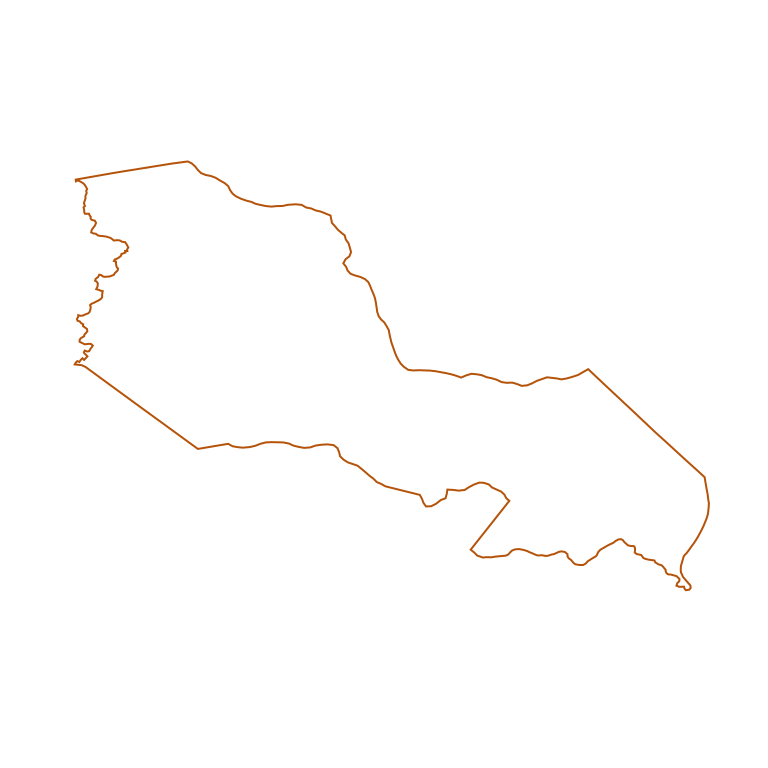 Manaquiri, Amazonas, Brazil (Equal Earth projection), rotated 81°
{"feature_id": "56859067B81028686710447", "entity_name": "Manaquiri", "entity_type": "district", "adm_level": 2, "iso_a3": "BRA", "parent_name": "Brazil", "parent_adm1": "Amazonas", "projection": "equal_earth", "projection_center": [-60.676, -3.744], "detail": "fine", "context": "isolated", "style": "outline", "palette": "amber", "viewbox_px": 768, "rotation_deg": 81, "n_neighbors": 0, "source": "geoboundaries", "source_scale": "gbopen_adm2", "svg_char_len": 5464}
<svg xmlns="http://www.w3.org/2000/svg" viewBox="0 0 768 768"><g transform="rotate(81 384 384)"><path d="M316.3,686.4L318.1,679.7L320.4,676.2L363.3,633.6L419.0,578.0L418.7,547.3L421.8,543.3L423.6,538.0L424.8,533.4L425.3,526.4L424.9,520.9L423.7,515.2L423.2,509.8L423.8,504.5L424.9,498.2L426.0,492.4L428.0,487.1L430.7,483.1L432.7,478.3L434.6,472.9L435.1,466.7L434.1,461.3L434.2,455.2L434.8,449.2L436.5,443.3L440.1,440.0L444.3,439.0L448.5,438.7L452.5,435.7L455.8,431.9L458.2,427.3L460.6,422.8L467.6,416.6L472.7,412.4L475.4,409.6L479.8,406.4L482.1,402.6L485.3,398.6L499.1,366.0L503.2,364.5L507.6,363.6L511.5,361.7L512.1,356.5L510.3,351.0L507.5,346.1L506.5,341.1L502.3,339.2L498.2,337.9L499.5,332.0L501.0,326.9L501.3,320.9L500.0,318.1L499.2,316.2L497.4,311.0L496.3,305.2L497.2,300.9L499.6,296.2L503.1,293.5L508.6,285.1L512.1,282.4L515.9,281.1L519.0,278.5L561.2,324.3L564.5,321.3L568.0,318.8L570.9,313.4L571.0,310.5L571.5,307.5L572.0,304.7L571.9,301.5L572.1,297.9L572.4,293.5L572.6,290.6L571.9,288.0L570.1,285.8L568.6,283.8L568.0,281.6L567.9,279.3L568.2,276.3L569.1,273.8L569.8,271.9L571.5,268.5L572.9,266.6L574.2,264.3L575.8,261.9L577.1,259.8L577.6,257.9L577.8,254.8L578.9,251.9L579.3,249.7L579.1,247.6L578.6,244.8L578.6,242.6L577.8,240.0L577.1,237.1L577.1,234.8L578.2,231.6L580.8,229.4L583.0,229.7L585.1,228.8L587.0,226.8L589.4,225.4L591.0,224.3L592.1,222.9L593.4,219.1L593.9,215.7L592.9,212.8L591.1,210.7L588.7,205.3L587.3,201.7L586.1,200.4L583.7,198.9L581.5,196.2L580.1,192.4L578.8,189.2L578.1,187.1L576.7,182.3L575.3,179.9L574.2,176.8L574.3,174.2L575.6,172.5L577.8,171.3L581.5,168.3L582.7,165.4L583.1,162.7L584.6,161.8L586.8,161.9L589.7,162.7L591.5,161.0L592.4,158.6L593.1,156.8L594.8,155.8L596.5,155.0L597.7,153.0L598.9,150.1L599.8,147.1L600.6,144.5L602.7,143.9L605.2,140.9L606.5,138.1L608.2,136.9L609.8,136.0L611.5,134.9L613.0,135.1L614.9,134.6L616.4,133.3L617.1,130.4L618.3,127.8L619.5,125.2L622.7,122.7L625.0,123.2L626.5,125.4L628.9,126.7L630.4,124.4L630.8,122.0L631.1,119.4L633.2,119.2L634.9,118.1L634.9,114.7L633.4,113.0L630.9,112.9L625.8,116.1L623.8,117.3L621.4,118.8L616.4,120.2L614.0,120.0L610.2,119.2L603.0,115.8L601.2,115.0L599.8,113.6L598.4,111.6L595.4,108.5L592.4,105.6L589.9,103.0L587.4,100.7L584.1,97.9L578.1,93.3L573.4,90.1L567.4,86.5L564.2,84.9L561.7,84.0L556.1,82.5L552.3,81.7L550.5,81.8L548.1,81.8L544.0,81.6L537.6,81.8L529.1,81.9L526.2,81.9L521.4,85.7L516.8,89.4L504.9,99.0L483.5,116.0L481.3,117.8L474.5,123.3L458.8,135.4L453.2,139.7L416.6,168.2L401.3,180.0L403.4,185.6L405.4,190.8L406.4,196.7L407.1,202.8L407.2,207.9L405.5,212.6L402.9,221.9L404.8,232.5L406.6,237.9L407.7,242.9L407.4,248.2L404.9,252.5L402.7,257.1L402.0,262.7L400.5,267.6L397.4,272.0L395.2,276.6L393.3,281.6L390.6,286.0L388.9,290.9L387.6,296.1L388.4,301.7L389.7,306.8L387.2,311.3L385.1,315.7L383.0,320.9L379.4,331.2L377.9,336.7L377.3,339.9L375.9,346.9L375.2,353.0L373.8,357.9L370.0,361.8L366.5,364.3L362.1,366.2L358.2,367.5L353.5,368.5L344.0,370.2L340.1,370.5L335.7,370.8L331.7,370.8L327.0,372.5L323.2,374.1L319.7,376.9L316.0,378.7L311.8,379.4L302.4,379.3L297.8,379.5L293.6,380.3L288.6,381.6L284.7,382.4L280.8,383.6L277.4,386.4L274.5,390.7L272.3,395.6L269.9,399.8L266.3,402.2L262.3,403.1L258.5,405.3L254.8,402.5L252.5,398.2L248.6,395.9L244.1,396.4L239.5,397.0L235.3,399.1L231.0,399.6L227.8,402.6L224.3,405.5L220.6,407.7L216.8,410.2L209.2,410.5L203.9,419.3L201.9,424.3L199.2,428.5L197.5,433.3L194.2,437.3L192.7,443.0L192.0,450.7L192.3,456.5L191.5,462.0L191.2,467.4L189.7,473.0L187.9,477.8L186.0,482.5L183.4,486.5L181.3,491.4L178.7,496.2L175.6,500.7L172.3,503.8L168.4,505.7L164.2,506.9L160.7,509.9L157.4,514.1L154.0,518.0L151.5,522.4L149.6,527.5L147.1,531.7L143.6,534.3L139.6,536.5L136.1,539.3L133.5,543.0L133.1,559.5L133.2,608.1L133.3,620.3L133.9,656.5L135.6,656.6L135.0,654.5L136.3,652.6L138.3,650.1L139.6,649.0L140.9,648.2L143.0,647.4L145.0,646.7L146.6,647.9L149.0,647.8L150.5,648.9L152.0,649.6L154.0,649.8L156.3,651.0L158.6,652.1L161.4,651.5L162.5,653.1L164.0,653.0L165.8,653.0L167.4,653.2L169.1,652.7L169.7,648.7L171.5,648.4L172.9,647.5L174.8,647.9L176.3,646.9L177.4,644.1L179.8,643.2L182.3,644.7L183.5,646.0L184.7,647.2L186.3,648.7L188.4,649.5L189.7,647.8L190.6,645.0L192.5,643.4L193.3,641.2L194.0,638.3L194.9,635.5L195.7,633.7L197.1,631.1L198.7,629.5L200.0,628.5L200.2,624.9L200.9,622.4L202.4,620.7L203.5,617.4L206.2,616.2L209.2,615.2L210.9,616.7L212.5,616.7L212.1,618.9L213.7,618.8L214.2,621.1L214.5,623.0L216.1,623.6L217.4,625.6L218.5,628.2L218.9,630.4L220.3,631.5L221.2,629.6L223.3,629.9L225.1,629.9L226.8,629.7L228.4,628.6L230.3,629.4L232.2,632.3L234.0,633.9L234.4,635.9L234.9,638.6L234.6,641.4L234.4,643.6L233.5,645.1L232.1,646.3L231.5,648.2L233.5,649.5L235.1,652.4L236.8,653.2L238.0,651.7L239.9,650.9L242.9,651.7L245.3,653.4L246.5,650.8L247.5,649.3L248.3,647.3L251.2,648.3L254.1,648.8L255.3,649.8L256.5,652.0L258.5,658.2L259.0,660.3L260.1,662.0L261.9,661.6L263.4,662.0L265.4,662.8L267.0,663.7L268.0,665.3L268.5,668.0L269.3,670.7L269.1,673.4L268.2,675.2L269.9,675.6L271.7,677.1L273.6,676.8L274.6,674.7L276.6,673.6L278.0,671.7L279.7,672.3L281.5,670.4L283.3,668.7L285.6,668.8L287.2,670.7L288.4,672.2L289.9,672.7L291.2,676.0L292.6,677.6L294.6,678.1L296.5,675.5L298.0,673.3L298.1,669.9L298.5,667.3L300.5,665.6L302.2,667.1L303.4,668.5L305.4,670.0L305.5,672.0L304.2,674.3L305.8,675.5L307.3,674.9L308.5,673.8L310.3,672.6L311.6,674.2L313.3,676.5L311.4,677.8L312.7,679.7L314.6,681.4L313.4,683.4L314.8,685.2L316.3,686.4Z" fill="none" stroke="#b45309" stroke-width="2"/></g></svg>